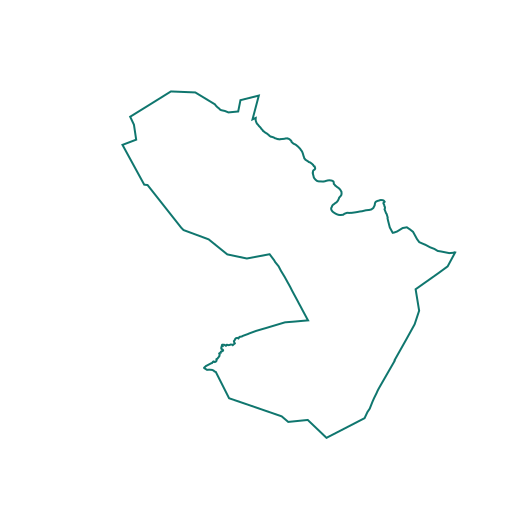 the district of Santiago Tetepec, Oaxaca, Mexico, rotated 307°
{"feature_id": "50627088B18876706732637", "entity_name": "Santiago Tetepec", "entity_type": "district", "adm_level": 2, "iso_a3": "MEX", "parent_name": "Mexico", "parent_adm1": "Oaxaca", "projection": "natural_earth1", "projection_center": [-97.666, 16.359], "detail": "fine", "context": "isolated", "style": "outline", "palette": "teal", "viewbox_px": 512, "rotation_deg": 307, "n_neighbors": 0, "source": "geoboundaries", "source_scale": "gbopen_adm2", "svg_char_len": 5500}
<svg xmlns="http://www.w3.org/2000/svg" viewBox="0 0 512 512"><g transform="rotate(307 256 256)"><path d="M378.7,412.9L378.5,412.4L377.2,411.5L374.6,408.6L370.9,400.9L369.4,398.1L369.0,394.2L367.7,389.7L367.0,385.1L365.3,378.1L366.4,374.4L369.8,366.9L369.9,362.8L369.8,361.7L369.7,359.2L366.6,356.3L360.4,353.9L357.6,352.0L356.8,351.2L359.3,345.7L363.7,340.2L365.4,338.2L366.0,338.0L368.2,335.0L368.4,334.2L370.7,330.5L371.4,330.4L372.6,329.6L373.2,328.4L374.0,327.6L374.6,326.2L375.3,325.8L375.7,326.0L376.7,326.1L377.0,325.3L377.1,324.4L376.5,323.0L375.5,321.6L374.2,320.8L373.0,319.8L371.3,319.0L369.9,319.2L367.8,320.3L364.9,320.8L362.6,320.1L361.0,318.8L360.0,317.7L358.6,316.2L355.5,313.7L354.1,312.2L352.6,310.9L350.8,309.2L349.3,307.7L348.0,306.4L346.4,304.4L345.6,303.1L345.0,302.5L342.9,301.2L341.4,300.8L340.5,299.8L339.7,299.0L338.7,297.5L338.1,295.9L337.7,294.0L337.6,292.7L337.5,291.4L337.6,290.2L337.8,289.5L338.2,288.5L338.8,287.7L339.6,287.2L340.8,287.0L342.2,286.6L343.4,286.7L344.4,287.1L346.2,287.5L347.2,288.0L349.5,288.1L351.5,287.7L352.7,287.3L353.6,287.4L354.9,287.5L356.2,287.4L357.3,286.8L357.9,286.3L358.7,285.6L359.7,283.2L360.0,281.2L359.9,279.1L359.9,278.4L360.0,277.7L359.9,276.9L360.2,276.2L360.3,275.5L360.4,274.8L360.8,274.4L361.7,273.6L362.0,273.2L362.1,272.8L362.0,271.9L361.8,271.1L361.3,270.2L360.7,269.1L359.6,267.9L358.1,266.7L357.5,266.3L357.2,266.1L356.7,265.7L356.5,265.4L355.9,264.9L354.7,263.1L353.3,261.1L352.7,259.7L352.7,258.2L352.8,257.4L353.0,256.4L353.2,255.7L353.6,254.8L354.3,254.0L355.7,252.2L356.1,251.9L356.4,251.3L356.7,251.2L357.0,251.2L357.6,250.7L358.7,250.3L359.6,250.5L360.4,250.8L361.3,250.7L362.0,250.1L362.4,249.3L362.8,249.0L362.6,248.0L363.0,247.2L363.0,246.9L363.2,246.7L363.2,246.0L363.3,245.4L363.3,244.7L363.3,243.7L363.3,243.1L363.2,242.6L363.0,242.2L362.8,241.6L362.9,240.6L362.8,239.5L362.7,238.2L362.6,237.6L362.9,237.0L362.9,236.5L363.0,235.9L363.8,234.9L364.2,234.2L365.0,233.1L366.0,231.8L366.7,230.7L367.1,230.0L367.5,228.9L367.8,227.7L368.2,226.8L368.4,225.4L368.6,224.2L368.7,223.3L368.7,222.5L368.8,221.5L368.7,220.1L368.4,219.1L368.3,218.0L368.3,217.4L368.4,217.0L368.4,216.4L368.6,215.5L369.0,215.2L369.3,214.2L369.3,213.3L369.4,212.6L369.3,211.7L369.0,211.0L369.0,210.5L368.7,210.3L368.3,209.6L367.8,209.0L367.4,208.7L366.9,208.3L366.0,207.4L365.4,206.7L364.9,206.2L364.4,205.5L363.9,205.1L363.5,204.9L363.3,204.5L363.1,204.0L362.8,203.5L362.6,203.4L362.6,203.1L362.3,202.6L362.1,202.1L361.9,201.3L361.8,201.0L361.5,200.4L361.4,199.8L361.4,199.3L361.3,198.6L361.1,198.2L360.9,197.4L360.6,196.8L360.3,196.3L360.4,196.1L360.2,195.6L360.1,194.9L360.1,194.4L360.3,193.4L360.3,192.7L360.3,192.1L360.4,191.5L360.3,190.7L360.2,189.7L360.2,189.3L360.1,188.8L360.1,188.1L360.2,187.7L360.2,187.1L360.2,186.7L360.1,186.4L360.3,186.0L360.5,185.5L360.6,184.9L360.7,184.3L360.8,183.6L361.0,183.1L361.2,182.6L361.3,182.1L361.4,181.6L361.5,180.7L361.6,180.1L361.9,179.1L362.1,178.3L362.2,177.4L362.5,176.6L362.9,175.9L363.2,175.4L363.6,174.8L364.0,174.3L364.7,173.6L365.5,173.1L366.1,172.7L363.0,171.0L385.8,161.7L371.1,149.8L360.7,154.8L354.1,147.6L353.1,143.9L351.6,140.6L351.3,139.5L351.6,137.5L351.6,135.8L351.8,134.2L352.1,132.8L352.4,132.0L350.1,109.1L336.2,89.0L310.0,78.9L291.5,71.7L287.4,79.5L276.8,90.3L264.4,82.5L250.0,114.3L245.7,123.8L247.4,126.7L233.6,179.2L233.1,182.5L240.8,208.2L240.0,232.1L248.5,250.2L265.6,265.8L264.4,270.0L263.5,273.1L262.7,274.9L261.4,280.2L259.2,284.8L256.5,291.6L253.7,297.8L253.3,298.8L251.7,302.3L250.1,305.5L248.3,309.4L245.1,316.4L243.9,318.9L242.6,321.8L240.8,325.6L236.2,335.6L235.9,336.3L231.5,331.4L226.6,326.0L220.5,319.1L211.8,312.7L203.9,306.9L202.6,305.9L202.2,305.6L196.3,301.2L190.1,297.2L188.8,296.5L185.3,294.2L184.0,293.4L183.3,293.2L182.3,292.3L181.9,292.0L181.7,291.8L181.7,291.7L181.4,291.5L181.0,291.5L179.6,291.6L179.4,290.5L179.3,290.3L178.5,289.6L178.2,289.6L177.9,289.4L177.7,289.4L177.3,289.3L176.7,289.5L176.2,289.6L174.8,289.6L174.7,289.6L174.4,289.9L174.2,290.1L174.0,290.7L173.4,291.7L172.8,291.5L171.3,291.2L170.9,291.1L171.0,290.7L170.7,290.0L170.3,289.5L169.9,288.9L169.5,288.7L169.1,288.5L168.1,287.5L167.7,286.3L167.4,286.0L167.1,285.9L166.9,285.9L166.5,286.1L166.2,286.0L166.1,285.4L166.1,285.0L166.0,284.1L164.9,282.5L164.7,282.4L164.2,282.5L163.9,283.3L163.8,283.5L163.5,283.2L163.4,283.1L163.0,283.0L162.8,283.1L162.7,283.2L162.3,283.3L162.0,283.4L161.5,283.7L161.1,284.1L161.0,284.4L161.2,285.6L161.0,286.4L160.9,286.5L160.3,286.6L159.8,286.5L159.5,286.1L159.4,286.0L158.7,285.6L158.3,285.6L158.1,285.7L157.7,286.0L157.5,285.7L157.0,285.6L156.7,285.5L156.1,285.3L155.8,285.9L155.8,286.0L155.7,286.1L155.3,286.4L155.1,286.4L154.8,286.4L154.3,286.9L154.0,287.0L152.9,287.0L152.7,287.0L152.1,287.0L151.5,286.9L151.2,287.0L150.4,286.9L150.1,286.6L149.7,286.5L148.9,287.3L148.6,287.5L148.0,287.5L147.7,287.5L147.0,287.3L146.6,286.8L146.5,286.3L146.4,286.0L146.1,286.1L145.9,285.4L145.5,285.3L144.0,285.3L143.4,284.8L138.3,282.4L138.2,282.3L135.6,281.8L135.3,282.1L135.6,285.4L137.1,287.1L138.6,289.5L139.0,291.1L138.8,292.3L139.2,293.7L129.4,313.6L126.2,320.1L126.9,322.3L131.2,335.4L143.4,373.0L142.9,381.6L156.2,396.0L153.2,421.7L191.8,440.3L194.2,439.8L198.5,438.9L202.5,438.7L209.8,436.7L213.7,435.8L219.6,434.7L219.8,434.6L222.1,434.1L222.9,434.0L223.9,433.8L242.3,431.5L255.9,429.8L256.1,429.4L280.0,426.2L296.9,423.8L310.5,419.2L325.5,403.5L334.0,406.2L352.4,412.1L363.1,415.3L378.7,412.9Z" fill="none" stroke="#0f766e" stroke-width="2"/></g></svg>